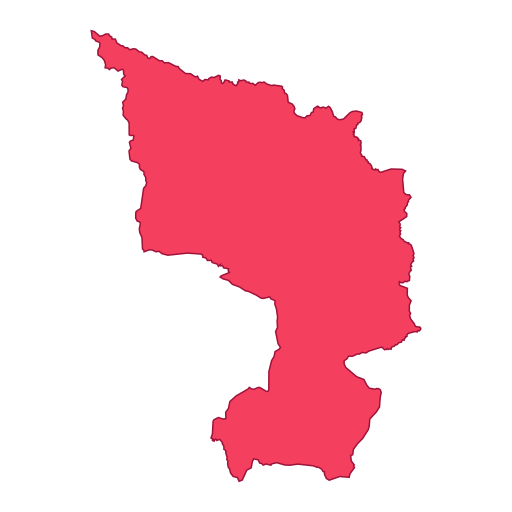 Khiri Rat Nikhom, Surat Thani, Thailand
{"feature_id": "78962969B17621560211426", "entity_name": "Khiri Rat Nikhom", "entity_type": "district", "adm_level": 2, "iso_a3": "THA", "parent_name": "Thailand", "parent_adm1": "Surat Thani", "projection": "mercator", "projection_center": [98.979, 8.995], "detail": "fine", "context": "isolated", "style": "filled", "palette": "rose", "viewbox_px": 512, "rotation_deg": 0, "n_neighbors": 0, "source": "geoboundaries", "source_scale": "gbopen_adm2", "svg_char_len": 6005}
<svg xmlns="http://www.w3.org/2000/svg" viewBox="0 0 512 512"><path d="M249.3,387.4L248.1,389.0L236.3,395.8L229.9,401.5L228.5,408.3L225.7,412.3L225.9,418.7L222.8,419.0L218.5,417.5L214.0,419.7L213.1,421.2L212.4,434.2L211.0,437.9L212.3,438.8L212.5,439.8L213.3,439.2L214.0,440.2L213.0,440.7L214.1,441.2L215.5,439.2L216.4,439.4L216.8,440.4L219.7,439.4L222.5,442.7L222.2,443.4L223.9,446.6L223.9,449.3L225.9,450.6L225.7,452.7L227.1,457.3L226.8,459.5L228.0,461.3L227.6,463.8L228.4,467.6L229.5,468.7L230.6,473.1L233.2,476.5L237.4,477.5L239.1,481.3L242.3,480.0L246.8,470.1L251.2,467.8L252.3,461.8L253.6,458.8L258.1,459.8L259.7,463.1L261.9,463.6L263.1,465.1L266.0,464.0L270.9,465.2L271.7,463.9L276.8,462.7L284.8,465.0L290.0,465.2L297.7,464.1L313.3,465.8L317.0,467.3L318.3,467.1L321.7,469.2L323.1,471.6L324.5,471.8L324.4,474.2L326.4,478.5L329.2,480.2L339.8,476.5L349.2,477.3L350.0,473.7L354.5,467.6L353.5,466.2L354.3,465.0L351.2,460.8L350.7,455.4L352.7,454.8L353.4,449.4L357.5,443.7L362.7,438.4L368.3,429.6L369.2,426.3L369.8,419.0L376.4,411.9L379.5,407.0L380.2,397.5L381.2,392.6L380.4,389.9L378.8,388.7L376.7,388.5L375.1,389.2L369.3,388.2L366.9,385.3L363.9,379.5L356.6,376.7L345.7,367.4L344.1,363.7L344.2,360.7L346.9,358.9L348.5,356.2L352.6,356.2L357.9,353.8L359.1,354.2L362.1,352.5L366.0,352.9L369.1,351.0L380.9,347.3L382.1,347.3L384.5,349.7L386.4,349.4L386.9,348.6L388.1,349.5L389.7,348.8L391.0,349.3L391.7,347.0L394.1,346.3L395.6,344.7L396.7,344.9L399.0,342.7L401.4,342.1L402.4,340.0L404.2,340.1L404.1,339.2L405.8,337.2L405.5,336.7L407.0,336.3L406.9,334.8L408.4,333.3L414.7,331.6L417.4,331.9L417.8,330.6L419.4,330.8L420.7,329.3L420.7,328.1L419.8,327.1L416.1,326.7L414.9,325.5L414.3,323.7L410.8,319.2L409.6,315.6L410.6,313.3L409.3,311.2L409.4,305.0L411.1,300.8L408.3,297.6L407.2,294.9L407.4,288.3L399.8,285.4L399.0,283.6L399.5,281.7L400.8,282.7L403.1,282.7L404.9,281.3L406.7,281.7L409.4,280.5L409.8,276.2L408.7,274.0L410.3,270.9L411.2,270.5L410.5,266.9L411.7,266.2L410.6,264.8L412.3,261.9L413.6,261.1L413.1,259.3L414.0,257.7L413.1,255.5L413.9,254.1L413.7,252.5L411.4,245.5L410.4,244.3L408.4,243.7L408.6,242.7L406.8,242.6L404.1,241.2L403.3,239.8L400.8,238.2L399.4,236.0L400.6,233.9L399.9,232.9L400.7,230.7L399.8,230.4L399.8,229.1L400.7,227.6L399.7,227.2L400.2,224.1L398.8,221.9L406.7,216.6L406.8,213.5L404.5,211.5L404.1,209.4L405.3,208.5L405.1,207.7L407.4,204.7L407.3,202.9L408.5,201.6L408.3,200.3L411.0,197.4L409.5,194.9L406.4,194.7L403.8,192.6L402.6,179.0L403.5,173.4L405.6,171.0L402.1,169.3L391.0,169.0L380.6,172.4L378.9,171.3L378.0,169.5L376.1,169.8L375.7,168.9L374.5,169.9L371.8,168.6L372.2,168.0L371.3,165.5L369.7,163.4L368.3,163.1L368.3,161.9L367.0,160.9L367.0,160.0L365.8,159.6L364.4,156.8L361.5,156.1L361.8,155.3L360.3,152.8L361.0,150.3L360.9,145.0L360.3,144.9L361.1,142.9L360.8,140.8L359.0,140.1L358.7,139.4L358.3,139.9L358.1,138.4L356.7,137.0L355.3,137.1L354.9,136.4L354.0,136.4L354.0,134.5L353.4,134.1L354.3,132.5L353.2,131.9L354.3,131.2L354.0,129.0L355.8,128.4L356.7,124.8L357.8,124.5L357.8,123.1L359.6,122.6L361.0,121.0L361.9,117.2L361.3,116.0L362.5,114.5L361.9,112.5L356.5,111.0L352.3,111.5L349.9,112.8L343.5,119.0L339.5,119.8L336.9,118.8L335.5,116.9L333.7,116.3L332.2,111.4L330.2,107.6L328.6,106.3L325.7,108.3L324.0,107.2L322.1,107.2L320.9,108.0L318.3,107.2L318.5,106.5L317.4,106.2L313.7,108.7L313.2,112.0L311.5,112.5L310.0,115.5L307.0,115.8L305.0,117.9L302.7,117.6L296.9,115.6L294.2,112.9L293.9,111.0L294.9,108.9L294.1,106.5L292.3,104.1L288.2,102.2L287.5,95.5L286.2,93.6L284.5,92.9L284.2,90.3L282.3,88.6L282.5,87.0L281.7,86.2L273.3,85.0L272.4,85.6L270.6,85.3L266.8,84.0L264.0,82.0L262.0,82.7L260.0,82.2L258.2,82.6L255.3,85.3L252.7,83.3L251.2,83.6L249.3,83.1L249.1,82.2L246.4,82.1L245.8,80.9L243.9,80.0L240.7,80.7L238.9,79.9L239.0,81.3L237.6,82.1L238.0,83.2L236.0,85.8L232.8,83.9L232.3,82.0L229.4,82.1L229.1,80.9L225.1,79.9L223.5,83.0L222.1,83.4L221.5,82.9L221.2,80.6L219.8,78.9L220.4,77.0L220.0,75.8L218.6,75.3L214.1,77.5L211.4,77.1L208.9,78.5L208.3,79.8L204.8,79.5L202.9,81.3L199.1,79.4L197.5,76.2L195.2,76.9L190.6,73.7L185.5,73.5L179.3,68.6L178.2,66.6L175.5,66.2L168.5,62.6L164.3,62.9L162.3,60.8L159.3,60.7L152.7,56.5L151.1,56.6L149.9,58.3L148.1,58.4L146.7,55.4L144.7,54.9L141.8,52.2L139.2,51.8L135.9,49.1L133.7,48.7L129.6,49.7L127.7,47.8L124.7,47.6L123.0,45.9L121.0,45.7L116.7,42.7L115.4,39.1L112.1,39.0L111.7,37.0L109.5,35.7L108.6,34.0L105.6,34.0L103.1,35.5L99.8,36.2L94.4,31.6L91.3,30.7L92.3,38.0L94.8,39.3L95.7,40.9L99.1,42.2L99.9,43.4L99.7,46.9L97.9,50.4L98.0,54.9L102.2,57.7L104.3,60.4L105.6,64.6L105.1,67.8L107.8,68.1L109.4,69.6L110.7,68.2L114.1,67.7L118.1,71.1L122.1,69.2L123.5,70.3L123.7,74.3L125.1,75.9L121.5,79.5L122.5,81.2L121.8,85.3L123.0,86.7L127.1,87.6L128.0,89.1L128.0,92.1L126.5,94.7L125.8,99.1L122.7,102.2L123.5,105.9L122.5,108.2L123.4,111.3L123.1,115.1L125.8,118.7L127.6,120.0L129.1,123.1L129.2,134.9L130.5,135.5L133.5,135.4L133.8,136.4L133.2,140.0L130.3,141.1L129.4,142.3L130.9,148.4L129.0,150.9L129.9,159.1L131.4,160.9L137.6,162.7L139.4,164.3L139.4,167.4L140.5,169.6L143.2,171.1L144.1,172.4L144.0,174.5L145.7,177.3L145.8,180.7L146.7,182.7L145.8,185.7L143.6,188.3L140.7,208.4L136.1,211.5L135.7,213.7L135.7,218.2L137.2,221.1L139.3,221.8L140.4,223.2L139.3,228.9L139.7,232.4L141.9,237.3L142.5,249.0L143.8,250.1L144.1,251.8L149.1,249.9L151.9,249.9L156.1,251.8L159.0,251.3L162.0,253.7L167.8,255.2L187.4,253.1L201.6,254.1L202.8,255.8L202.8,257.3L205.9,257.9L207.4,260.5L211.3,260.4L212.1,262.5L217.3,264.1L218.4,266.3L220.5,264.5L220.5,265.8L222.7,265.7L223.6,267.9L228.5,268.7L228.2,270.8L229.4,272.5L221.3,275.8L220.1,277.0L223.1,278.9L228.5,280.4L232.3,284.3L239.4,286.9L245.4,290.8L248.2,291.3L256.1,295.0L261.0,298.1L263.4,298.4L269.8,296.9L270.7,298.7L275.1,300.7L274.8,304.1L276.4,308.7L277.6,317.1L277.1,321.1L277.5,327.5L275.6,331.6L278.1,343.8L280.5,347.5L278.6,349.6L275.1,351.5L274.1,356.5L271.6,360.6L268.9,371.5L268.8,389.8L267.9,391.2L266.5,391.5L259.9,387.5L258.1,387.5L253.8,389.3L251.6,388.9L249.3,387.4Z" fill="#f43f5e" stroke="#9f1239" stroke-width="1.5"/></svg>